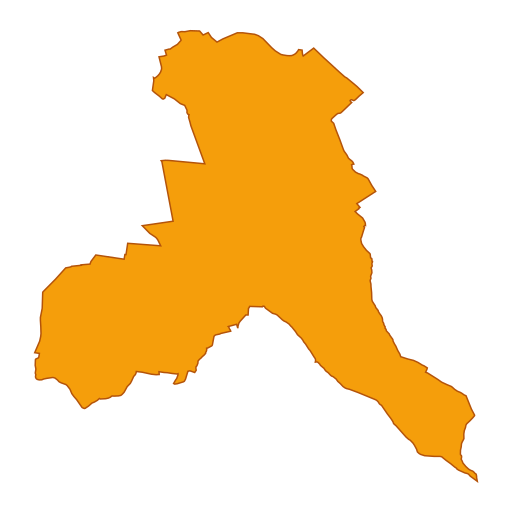 Orastie, Hunedoara, Romania (Equal Earth projection)
{"feature_id": "2599482B74891814729027", "entity_name": "Orastie", "entity_type": "district", "adm_level": 2, "iso_a3": "ROU", "parent_name": "Romania", "parent_adm1": "Hunedoara", "projection": "equal_earth", "projection_center": [23.219, 45.843], "detail": "fine", "context": "isolated", "style": "filled", "palette": "amber", "viewbox_px": 512, "rotation_deg": 0, "n_neighbors": 0, "source": "geoboundaries", "source_scale": "gbopen_adm2", "svg_char_len": 5999}
<svg xmlns="http://www.w3.org/2000/svg" viewBox="0 0 512 512"><path d="M84.3,408.5L85.2,408.3L88.5,406.1L91.9,403.1L94.5,402.0L97.4,400.3L99.4,398.5L100.2,399.0L105.7,398.7L108.4,398.1L110.6,397.1L111.4,396.3L112.2,396.0L114.1,396.1L118.4,395.9L120.8,395.4L122.1,394.4L123.6,392.8L124.2,392.1L127.2,386.6L130.3,383.4L131.5,381.2L133.7,376.4L135.1,374.9L135.6,374.1L136.1,372.8L136.3,371.5L142.2,372.2L151.4,374.2L156.1,374.7L159.2,374.5L159.0,371.7L164.0,372.5L167.4,372.7L172.4,373.5L177.2,374.0L178.0,373.7L178.0,374.9L176.7,378.5L175.4,380.3L173.6,383.5L174.7,384.1L177.4,383.7L183.5,381.8L184.4,381.2L185.5,379.2L187.9,371.3L189.9,370.8L194.7,372.5L195.4,371.5L196.2,370.2L195.9,368.3L196.0,366.8L196.9,365.8L197.9,363.2L198.0,361.1L199.4,359.4L201.4,357.7L202.3,356.6L203.8,355.4L205.6,353.4L205.6,352.6L206.4,351.1L206.7,349.8L206.6,348.2L207.4,348.1L208.3,347.7L211.7,345.9L212.2,345.3L212.4,344.8L214.0,336.3L214.9,335.4L215.6,334.9L219.9,334.0L220.6,333.5L230.7,331.2L230.3,330.0L229.7,329.3L228.7,326.9L228.3,326.5L236.6,324.3L237.6,327.6L237.9,327.6L238.0,326.2L238.9,323.1L240.1,321.3L245.8,315.0L248.1,315.0L248.5,308.3L249.1,307.7L249.6,306.4L262.5,306.8L263.0,306.1L264.4,306.4L265.3,307.9L265.8,308.4L272.5,313.3L275.7,314.2L277.3,315.1L282.2,319.7L283.8,320.9L286.3,322.1L289.0,324.0L290.8,326.1L291.9,327.1L295.6,331.7L297.5,334.7L301.3,338.1L303.0,340.4L303.6,341.7L305.6,344.1L308.7,349.0L310.0,350.4L314.1,357.0L315.3,358.7L315.6,360.3L315.3,362.1L316.9,361.9L317.9,362.3L319.8,364.2L320.4,365.3L323.4,367.9L323.7,368.0L325.4,370.5L326.2,371.3L328.2,372.7L330.5,375.2L331.5,376.0L333.2,376.7L336.2,379.1L337.8,381.4L340.3,383.6L343.0,386.5L345.0,387.9L346.6,388.6L349.5,389.3L358.3,392.6L375.3,399.6L376.6,400.3L378.0,401.6L379.4,403.8L380.3,404.6L381.5,405.3L387.3,413.8L390.8,418.4L392.2,420.5L393.1,422.0L393.4,423.1L394.0,424.0L396.1,425.8L406.0,437.0L408.6,439.3L410.2,440.2L413.0,443.1L414.4,445.2L416.6,449.3L417.4,451.9L419.1,453.5L420.6,454.4L424.6,455.7L434.3,456.4L439.9,456.4L441.6,456.7L446.0,460.3L450.7,463.7L454.8,467.1L456.6,468.3L456.9,469.0L458.6,470.1L464.8,472.9L467.5,473.6L468.6,474.2L470.2,476.1L477.3,481.3L476.6,477.6L476.6,476.3L476.3,474.7L476.0,474.0L474.9,473.3L474.0,472.2L472.7,471.1L470.6,470.3L468.6,469.1L465.8,466.5L463.4,463.6L462.8,462.8L462.3,461.3L461.3,459.4L461.2,458.9L461.5,458.0L461.6,456.6L461.4,455.6L460.5,454.7L460.4,454.0L460.5,450.1L461.2,446.9L461.5,443.7L462.1,442.2L463.9,438.7L463.8,434.0L464.3,430.7L465.5,427.4L465.9,425.2L466.7,423.8L469.9,420.8L472.7,417.9L474.5,415.7L474.6,415.2L471.4,409.1L466.0,395.7L464.4,395.1L461.7,393.2L460.3,392.4L457.4,391.2L454.7,389.4L452.2,387.1L451.2,386.4L447.1,384.7L441.7,382.2L437.6,379.3L427.6,373.0L425.6,372.2L426.9,369.4L427.3,367.9L424.0,365.8L422.3,365.1L417.9,362.4L413.5,360.4L407.8,359.0L400.7,356.7L399.9,354.2L397.7,350.4L395.8,346.1L394.5,344.0L393.1,341.2L392.8,339.4L389.7,335.1L389.3,334.0L386.4,330.9L386.0,329.2L385.1,328.3L385.1,326.7L384.7,326.3L384.3,325.2L383.8,324.7L383.7,323.3L382.9,322.0L382.6,321.3L382.5,319.1L382.1,317.5L381.2,315.7L379.7,313.7L378.5,311.8L378.0,310.2L377.3,309.7L376.7,308.5L375.8,307.7L375.2,305.8L372.3,301.3L371.8,299.4L371.6,292.6L371.0,286.7L370.9,284.0L370.1,280.7L370.4,279.6L370.9,278.6L370.9,278.0L370.6,276.2L371.9,272.8L371.7,269.8L371.2,268.4L371.1,267.8L372.0,266.5L372.2,265.9L371.9,263.8L372.0,263.0L372.5,261.9L372.5,261.4L372.0,261.2L371.9,259.0L371.7,258.5L370.6,257.8L370.2,254.1L369.8,253.5L366.4,250.3L363.6,246.8L361.6,243.5L360.9,240.3L360.8,239.1L361.0,238.0L361.5,237.2L363.5,230.6L364.5,227.6L363.8,226.5L364.8,225.5L365.5,225.6L365.3,223.2L364.9,222.0L362.6,218.0L357.5,213.9L355.1,211.5L358.9,208.7L358.7,208.2L360.0,207.4L356.8,203.6L375.7,191.4L371.8,185.5L368.1,178.8L367.2,177.9L363.1,175.8L362.6,175.3L360.0,174.1L357.8,173.4L356.6,172.6L355.7,172.3L352.6,169.3L352.1,168.4L351.9,165.8L351.6,164.8L352.6,164.3L353.8,164.1L353.4,163.1L352.5,161.6L351.4,160.6L349.8,159.4L348.4,158.1L347.0,155.2L345.7,153.3L344.2,151.3L343.3,149.3L339.9,139.9L335.8,129.5L333.7,123.3L331.4,121.2L331.3,120.5L331.4,119.5L331.9,118.6L335.6,115.2L337.7,113.5L339.7,113.2L340.6,113.0L342.2,111.6L351.7,102.5L350.6,101.6L350.2,101.0L350.1,100.5L351.0,99.8L351.5,99.7L353.8,100.6L354.3,100.4L355.4,99.7L359.1,96.1L363.2,92.6L357.0,86.5L346.8,78.0L344.8,76.9L339.6,72.3L323.8,57.8L313.7,48.1L303.2,56.0L302.8,55.3L302.4,53.3L302.1,50.1L298.6,49.6L297.9,50.9L296.0,53.2L294.7,54.2L293.2,55.0L291.6,55.6L289.4,55.7L287.1,55.6L283.3,55.0L280.8,54.4L275.3,50.9L271.7,47.7L262.9,38.6L258.4,35.7L254.7,34.3L242.7,32.8L237.3,32.8L222.9,38.9L217.0,42.1L211.4,37.4L208.2,32.6L203.1,35.0L199.6,31.0L190.2,30.7L184.9,31.7L181.2,31.6L178.7,32.3L177.8,32.8L181.0,39.8L181.0,40.4L177.4,44.4L172.8,47.1L170.1,49.1L168.9,49.1L165.0,50.2L166.5,55.1L164.1,56.0L159.0,56.8L161.5,66.8L161.6,69.0L160.6,72.0L159.3,74.1L157.7,75.9L155.5,77.7L154.5,78.2L153.5,77.5L153.8,80.7L152.4,90.5L154.4,92.4L159.5,96.3L162.1,98.7L163.1,99.1L164.7,98.3L166.3,94.6L174.4,98.9L180.3,103.6L184.7,105.4L187.0,110.2L187.0,112.7L187.8,114.1L189.0,114.7L188.8,115.1L188.6,117.4L190.0,122.2L190.9,125.8L204.8,163.8L168.6,160.4L165.5,160.3L161.2,160.7L161.9,161.8L173.1,221.2L142.3,225.7L149.8,233.4L155.4,237.1L156.5,238.1L157.8,239.9L160.7,245.8L127.7,243.3L126.0,254.6L124.9,254.5L124.1,259.2L95.8,255.0L91.0,261.4L90.0,264.1L81.5,264.8L81.0,264.9L81.2,265.3L71.5,266.3L71.0,266.8L69.5,267.2L65.7,267.9L55.5,279.2L43.0,291.8L42.7,292.6L42.2,308.4L40.4,317.5L40.4,320.3L40.8,326.7L41.0,333.6L40.7,336.5L39.7,341.1L34.7,352.7L39.4,353.4L38.8,357.1L38.3,357.9L35.7,359.1L35.5,359.4L35.4,360.1L35.2,365.4L35.9,369.1L35.3,372.7L35.4,373.7L35.8,374.5L35.5,376.7L35.6,377.4L36.2,378.6L37.2,379.4L39.2,379.9L41.8,379.8L43.7,379.0L47.1,378.3L52.5,377.5L53.5,377.6L54.9,378.0L57.5,380.0L58.9,381.6L59.7,382.1L61.3,382.9L65.8,384.5L67.1,385.5L70.0,389.3L71.8,393.6L73.9,396.5L76.6,399.6L82.0,407.4L82.8,407.9L84.3,408.5Z" fill="#f59e0b" stroke="#b45309" stroke-width="1.5"/></svg>